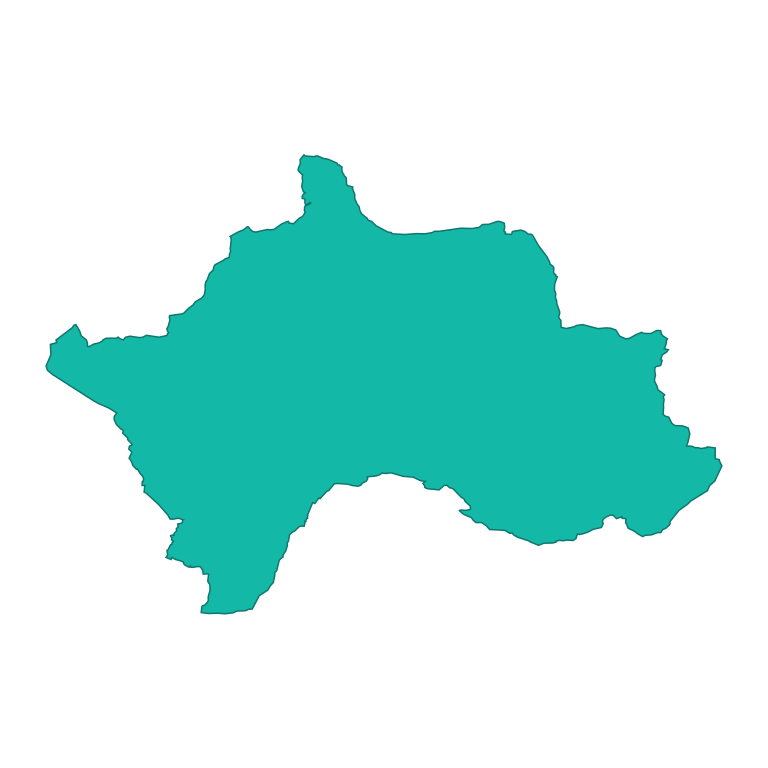 Bogdan Voda, Maramures, Romania
{"feature_id": "2599482B91571956331193", "entity_name": "Bogdan Voda", "entity_type": "district", "adm_level": 2, "iso_a3": "ROU", "parent_name": "Romania", "parent_adm1": "Maramures", "projection": "robinson", "projection_center": [24.297, 47.701], "detail": "fine", "context": "isolated", "style": "filled", "palette": "teal", "viewbox_px": 768, "rotation_deg": 0, "n_neighbors": 0, "source": "geoboundaries", "source_scale": "gbopen_adm2", "svg_char_len": 6112}
<svg xmlns="http://www.w3.org/2000/svg" viewBox="0 0 768 768"><path d="M552.9,543.0L556.1,542.0L555.9,541.4L558.6,540.4L563.5,540.7L566.8,540.1L573.2,540.5L576.0,538.5L577.0,535.0L577.8,533.9L579.6,534.5L582.2,534.0L587.4,532.3L593.8,529.1L601.4,527.5L603.2,523.7L602.5,521.3L603.0,519.5L605.8,517.2L610.3,515.1L613.2,515.3L616.5,518.6L621.7,516.8L621.8,517.9L622.8,518.4L626.0,518.7L625.6,523.0L626.5,523.9L628.1,528.2L634.4,531.2L637.7,533.8L642.8,536.6L645.1,535.3L651.3,534.9L657.7,532.6L660.8,532.6L662.6,529.7L665.9,528.2L669.2,525.2L670.1,523.7L670.0,522.0L670.5,520.9L679.0,510.4L688.0,503.8L690.6,501.1L707.4,490.7L709.6,485.6L714.7,481.2L721.9,465.9L719.8,461.8L719.2,459.5L715.7,458.9L715.2,457.9L715.2,447.9L707.1,446.9L706.7,447.7L700.8,448.5L698.0,447.7L695.2,447.7L691.8,446.2L686.4,446.0L687.9,442.4L689.8,433.8L688.2,428.0L682.7,425.9L675.3,425.6L673.4,424.6L671.7,423.1L668.7,417.1L665.6,416.3L663.1,414.5L663.6,407.4L663.4,404.4L664.1,399.4L663.2,397.0L664.6,394.7L658.0,389.8L656.8,385.6L654.7,381.6L654.5,379.2L655.5,375.2L654.8,371.2L654.9,367.8L656.1,366.5L659.9,365.8L660.9,364.9L662.1,360.4L660.8,359.5L662.2,354.9L666.4,352.2L668.3,349.7L664.3,348.8L666.2,343.8L666.4,340.9L667.4,338.8L663.0,336.0L661.5,334.1L660.6,330.6L656.7,330.5L650.9,333.5L643.7,333.4L641.7,332.3L636.1,334.6L629.7,338.2L625.9,338.9L619.7,336.2L615.8,330.0L610.7,328.2L606.1,327.9L598.0,328.6L582.6,324.6L576.4,325.5L574.1,326.8L566.1,328.5L561.1,327.3L560.9,320.3L559.4,318.7L558.7,316.7L559.7,313.6L559.6,311.5L557.0,304.3L556.5,300.4L555.4,297.5L555.8,293.8L554.4,289.6L554.7,284.0L557.3,276.7L555.7,276.0L555.7,274.6L554.0,273.6L553.6,271.5L553.9,267.8L552.6,265.9L550.2,264.3L549.5,261.7L547.0,256.8L538.5,245.6L532.5,235.1L531.0,234.2L528.2,234.1L524.8,231.4L520.8,230.1L513.1,231.3L512.0,232.2L512.0,233.5L511.4,234.4L505.4,234.0L505.1,233.5L505.5,232.3L503.9,230.9L504.7,227.5L504.3,223.4L503.6,222.8L499.4,221.4L497.4,221.4L488.9,224.3L482.5,224.5L479.1,227.4L472.1,228.5L460.7,228.2L439.3,231.3L434.4,231.3L432.3,232.6L425.1,233.8L416.5,233.6L404.7,234.5L392.4,233.8L391.2,232.5L388.0,232.1L376.1,225.8L371.5,221.3L368.3,220.4L367.0,218.1L361.4,213.7L359.8,210.2L359.1,206.7L357.2,204.2L354.8,198.8L354.7,194.3L352.5,188.7L352.8,187.0L347.9,185.7L346.6,184.6L346.3,178.4L346.0,177.4L344.0,175.6L343.9,174.6L342.4,172.5L341.7,168.8L342.1,167.2L339.0,164.9L337.7,164.7L337.3,163.4L336.4,162.9L328.0,159.2L323.2,158.4L317.9,156.0L315.3,156.0L314.6,156.7L304.7,155.9L304.1,155.3L304.0,154.2L304.0,154.9L300.1,159.5L300.3,163.8L298.4,168.0L298.1,170.0L299.6,172.3L302.5,174.9L302.2,177.4L302.6,181.3L301.7,186.5L303.4,191.8L305.2,192.8L303.4,194.2L302.2,196.1L302.2,198.3L304.9,199.1L304.9,202.8L305.5,204.4L306.6,204.7L310.1,202.5L310.7,202.9L310.0,204.1L305.2,205.8L304.6,207.1L304.4,210.5L305.1,212.2L304.2,214.2L302.4,216.5L299.0,218.4L293.6,223.7L289.1,223.1L288.6,221.4L287.3,221.5L281.7,223.9L274.2,229.3L270.2,229.9L267.4,229.5L255.7,232.1L252.5,231.4L249.8,228.9L248.5,226.9L247.3,226.8L243.3,229.9L238.3,231.9L230.0,236.5L231.0,237.9L231.2,240.3L230.2,248.9L230.6,251.7L229.5,253.9L229.2,257.5L225.2,258.8L223.5,260.3L215.1,264.7L214.2,266.0L213.0,270.2L209.5,273.5L207.1,280.1L205.8,281.8L205.1,285.4L205.3,289.3L204.3,294.7L202.0,297.8L195.2,301.9L193.1,304.9L188.7,308.2L183.9,313.1L181.9,313.9L169.6,315.6L169.3,317.3L169.9,320.0L168.2,326.3L166.8,328.8L167.6,331.3L168.6,332.8L167.4,334.0L167.0,335.5L159.0,337.2L146.5,335.3L142.7,337.2L139.5,337.6L130.1,336.2L125.5,337.3L123.3,339.9L120.1,338.8L118.1,337.1L116.5,338.2L106.3,338.2L103.1,339.8L102.3,341.0L99.4,342.8L93.6,344.1L89.6,346.4L87.5,346.5L87.4,342.6L86.2,339.7L81.2,335.8L79.6,330.8L75.9,324.6L73.7,325.4L72.5,327.5L56.0,340.0L56.8,342.6L50.4,344.4L50.9,354.8L46.1,366.0L47.5,370.3L52.5,374.5L93.3,400.6L98.6,403.6L108.4,407.8L116.9,413.0L114.7,415.7L114.1,417.2L114.2,419.7L116.4,424.4L120.7,428.9L123.4,430.4L122.7,433.3L127.8,437.9L127.6,439.2L128.1,440.2L132.1,444.4L131.3,445.5L129.5,446.1L129.0,447.7L128.9,449.4L131.4,451.5L131.6,452.8L129.1,458.2L131.6,461.7L132.9,465.6L136.5,469.3L137.4,469.0L140.1,473.4L143.0,476.8L143.6,479.1L143.0,481.7L142.3,481.7L142.1,485.5L144.8,485.5L144.1,492.2L146.2,493.1L158.4,504.3L167.9,515.1L170.0,519.0L172.8,519.2L178.5,518.2L183.1,519.8L182.5,520.1L182.6,521.6L181.6,523.2L177.7,524.0L178.2,526.8L176.3,528.7L176.6,530.9L174.0,533.5L174.1,535.4L172.6,535.0L170.6,535.6L170.6,536.4L172.0,537.8L171.4,539.6L173.4,541.3L172.2,542.3L171.8,544.4L170.5,544.9L168.0,549.8L167.0,550.4L167.6,555.0L166.0,557.4L171.0,559.5L171.8,557.5L175.6,559.5L180.8,560.9L183.4,562.1L183.7,563.7L184.7,564.9L188.5,567.0L189.5,567.1L190.4,566.0L190.9,567.2L192.2,567.4L197.5,566.6L200.4,566.7L202.7,570.4L203.2,574.1L207.8,573.8L208.6,574.3L207.8,580.6L208.0,581.9L209.9,584.8L210.0,590.4L208.2,596.8L208.3,600.4L207.8,601.7L204.9,605.0L202.3,606.0L201.8,606.8L201.2,612.6L208.7,613.5L217.8,613.2L224.8,613.8L233.3,612.8L237.1,611.0L243.5,610.9L246.4,610.4L248.7,609.2L252.2,609.1L259.3,595.6L267.8,590.1L270.5,585.6L273.3,582.6L274.9,574.6L274.5,573.5L276.8,570.3L279.2,560.5L280.9,558.4L282.9,557.2L283.2,554.7L285.8,550.9L287.5,545.1L287.0,543.3L288.5,541.1L289.4,535.1L292.0,532.4L294.7,531.0L299.0,526.8L300.6,526.1L304.2,526.2L305.0,522.4L304.8,521.4L305.9,521.5L306.0,519.7L307.7,518.0L307.2,517.2L307.8,515.5L307.4,515.3L312.7,502.6L314.8,503.5L318.9,497.9L320.0,498.7L326.7,491.4L328.8,490.5L334.2,483.9L337.5,483.5L348.0,484.2L352.1,485.5L358.2,486.2L360.6,485.3L362.7,482.9L366.4,481.1L367.7,478.7L367.4,476.8L375.6,476.0L379.5,474.8L382.3,473.0L385.7,473.5L391.0,472.8L403.3,476.4L413.0,477.1L420.4,480.6L425.3,481.4L422.9,483.4L424.7,485.9L424.8,487.5L427.3,488.7L439.1,489.9L444.1,485.4L447.0,485.4L449.6,487.7L452.9,488.6L461.2,497.2L463.9,498.8L464.9,501.1L470.4,506.3L470.4,509.4L465.9,510.4L461.5,510.0L459.4,510.4L459.5,510.8L463.6,514.3L471.5,517.7L473.2,520.2L476.0,522.6L481.8,522.6L486.3,525.7L489.6,529.5L504.6,530.3L510.2,533.5L511.9,532.7L514.0,535.2L517.8,537.3L528.9,540.9L530.2,541.9L538.6,545.3L543.9,543.2L552.9,543.0Z" fill="#14b8a6" stroke="#0f766e" stroke-width="1.5"/></svg>